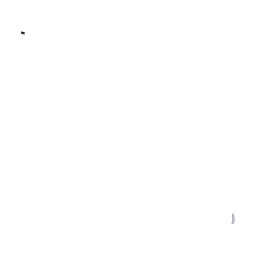 Alamoni, Tuvalu (highlighted), rotated 2°
{"feature_id": "33948139B55306304782384", "entity_name": "Alamoni", "entity_type": "district", "adm_level": 2, "iso_a3": "TUV", "parent_name": "Tuvalu", "parent_adm1": "", "projection": "equal_earth", "projection_center": [177.156, -7.249], "detail": "fine", "context": "in_parent", "style": "filled", "palette": "slate", "viewbox_px": 256, "rotation_deg": 2, "n_neighbors": 0, "source": "geoboundaries", "source_scale": "gbopen_adm2", "svg_char_len": 681}
<svg xmlns="http://www.w3.org/2000/svg" viewBox="0 0 256 256"><g transform="rotate(2 128 128)"><path d="M237.2,218.4L235.8,219.9L235.3,219.9L235.8,216.6L235.5,213.3L235.6,210.6L236.1,210.1L237.0,213.2L237.5,217.0L237.2,218.4Z" fill="#d9dde1" stroke="#a8b0b8" stroke-width="1"/><path d="M18.5,36.1L18.5,36.3L18.6,36.5L18.7,36.8L18.8,36.8L18.9,37.0L19.0,37.0L19.3,37.1L19.6,37.2L19.7,37.3L19.8,37.3L20.0,37.3L20.2,37.2L20.3,37.2L20.5,37.0L20.5,36.9L20.6,36.7L20.6,36.4L20.4,36.4L20.3,36.5L20.4,36.8L20.2,36.7L20.2,36.8L19.9,36.8L19.8,36.7L19.7,36.7L19.4,36.5L19.2,36.5L19.2,36.4L19.1,36.2L18.9,36.1L18.7,36.1L18.5,36.1Z" fill="#64748b" stroke="#1e293b" stroke-width="1.5"/></g></svg>